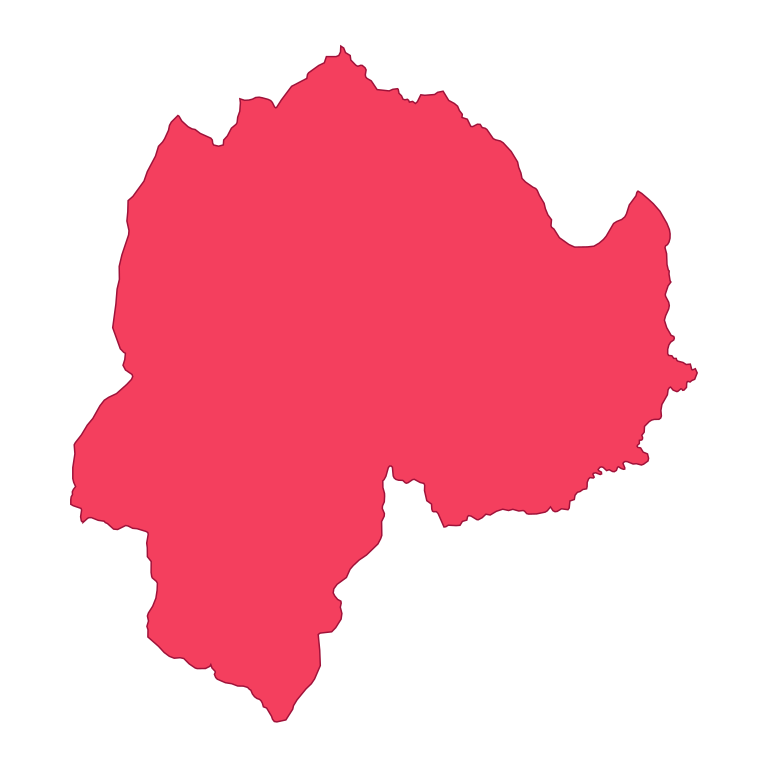 Nocaima, Cundinamarca, Colombia
{"feature_id": "7082276B65094191435566", "entity_name": "Nocaima", "entity_type": "district", "adm_level": 2, "iso_a3": "COL", "parent_name": "Colombia", "parent_adm1": "Cundinamarca", "projection": "robinson", "projection_center": [-74.369, 5.063], "detail": "fine", "context": "isolated", "style": "filled", "palette": "rose", "viewbox_px": 768, "rotation_deg": 0, "n_neighbors": 0, "source": "geoboundaries", "source_scale": "gbopen_adm2", "svg_char_len": 6057}
<svg xmlns="http://www.w3.org/2000/svg" viewBox="0 0 768 768"><path d="M648.0,461.0L648.6,458.3L647.5,453.9L643.2,452.1L640.6,447.9L637.8,447.4L637.1,446.3L637.4,445.3L639.3,443.6L639.4,440.3L641.7,440.0L642.5,439.0L642.6,437.4L641.8,435.3L644.2,432.1L644.5,426.4L649.2,421.6L651.6,420.1L654.2,419.4L659.0,419.3L660.7,418.0L661.4,416.0L660.9,410.5L661.9,404.5L667.4,394.8L668.1,389.7L669.4,387.7L670.6,387.1L673.1,390.1L676.8,391.6L677.8,391.4L680.9,388.8L681.8,389.1L682.7,390.3L684.0,390.1L686.5,387.4L686.7,383.1L687.2,381.8L688.0,381.4L690.1,382.0L691.7,380.6L694.7,379.3L697.2,372.9L695.3,368.7L692.6,369.9L691.8,369.6L690.3,364.1L686.1,364.5L683.1,362.5L677.8,361.1L676.8,360.3L676.2,358.4L673.7,358.4L671.9,355.8L668.6,355.4L667.7,353.7L667.7,349.3L668.9,344.9L670.6,342.2L673.8,339.9L674.3,338.1L673.8,336.5L671.1,335.3L666.7,327.6L664.4,320.2L665.6,315.8L668.7,308.9L669.3,305.6L668.7,302.3L665.5,296.1L665.3,294.2L668.1,285.8L670.9,282.0L670.1,280.8L669.0,274.0L669.2,271.0L668.3,270.0L667.0,264.5L666.6,253.7L665.0,247.7L665.6,245.8L667.5,244.6L669.0,242.1L670.0,238.3L670.1,233.8L669.4,229.6L666.9,223.4L659.9,211.2L653.3,203.7L648.1,198.9L641.7,193.4L638.0,191.1L636.9,192.3L636.0,195.8L629.3,204.9L626.4,214.0L624.8,216.9L621.7,219.5L616.7,221.5L613.6,223.5L606.2,236.2L603.5,239.4L599.2,243.1L593.9,246.2L587.4,246.9L574.7,247.1L568.9,244.5L559.4,237.7L553.9,229.0L551.6,227.3L551.0,225.6L551.5,219.7L547.9,214.9L545.4,208.8L544.1,203.3L539.4,195.4L537.2,190.3L535.7,188.5L532.9,187.2L525.5,182.0L522.0,178.4L520.9,172.9L518.7,167.4L517.6,162.0L511.2,151.5L503.2,142.8L500.4,141.0L495.5,139.8L493.2,138.6L486.9,129.5L485.1,128.2L482.2,127.6L480.2,124.4L477.4,124.2L472.7,126.6L470.8,126.4L467.3,119.2L462.0,117.5L462.3,114.3L459.4,110.5L457.6,106.2L454.4,103.5L448.7,100.4L443.1,91.2L437.7,92.3L434.6,94.5L424.8,95.3L420.8,94.8L417.4,101.7L415.4,103.5L412.6,101.4L409.4,102.1L408.6,100.3L407.4,99.3L404.9,99.8L403.0,99.2L401.5,95.8L399.0,93.3L398.2,89.3L397.5,88.7L392.8,89.3L389.2,90.9L377.1,89.6L371.3,80.9L367.0,78.4L365.7,76.9L365.3,74.9L366.1,69.9L365.0,67.7L362.2,65.4L360.6,65.3L357.8,66.3L355.8,65.2L350.8,60.0L350.2,55.5L345.5,52.6L343.7,48.0L340.8,46.1L340.5,52.0L338.8,55.5L336.1,56.6L326.4,56.6L324.3,62.8L318.7,65.5L308.7,72.7L307.5,74.4L306.8,78.4L291.6,86.3L281.4,99.9L276.6,107.4L275.7,107.8L274.6,107.0L272.3,102.4L270.7,100.6L268.2,99.4L262.3,97.8L259.2,97.2L255.7,97.5L252.4,99.2L248.7,100.1L244.6,100.3L239.9,98.8L240.4,102.8L239.8,111.2L237.7,117.2L237.1,122.5L236.2,124.2L231.4,128.2L227.4,135.9L223.7,140.0L223.3,144.9L218.6,146.2L213.7,145.0L212.7,143.3L212.3,140.0L210.9,138.2L200.2,133.4L195.1,129.5L192.1,128.9L188.1,126.8L181.8,121.0L179.0,116.2L177.9,115.5L171.3,122.1L169.5,125.4L168.5,130.3L164.6,138.8L162.6,142.0L158.5,146.3L155.5,156.1L147.3,171.6L144.0,181.1L132.9,196.4L128.1,200.6L127.8,211.6L126.9,221.0L129.0,230.7L128.6,234.9L121.9,254.9L119.2,266.4L119.4,279.4L117.1,289.1L115.9,304.0L112.7,327.7L120.3,348.8L123.7,352.3L125.4,353.3L124.8,359.5L123.0,365.3L125.5,370.0L132.1,374.5L132.7,376.6L131.5,379.4L126.8,384.4L116.5,393.6L108.7,397.3L104.3,400.2L100.0,405.7L92.8,418.5L87.3,425.1L81.4,434.9L75.3,442.7L74.2,444.8L74.9,453.8L72.8,467.6L72.8,478.6L73.7,482.3L75.6,486.6L73.4,489.4L72.3,491.8L72.5,494.6L71.2,496.8L70.8,499.6L70.8,504.3L73.2,505.7L81.0,508.4L81.6,510.0L80.6,516.8L81.3,520.8L82.2,521.8L83.3,521.5L83.2,522.3L87.4,518.5L88.7,517.7L91.4,517.6L98.2,520.3L104.1,521.2L105.3,522.6L107.4,523.5L113.6,529.1L117.6,529.5L125.7,525.5L128.1,526.0L132.7,528.3L137.1,528.7L145.9,531.4L147.8,532.5L148.2,534.4L146.7,543.1L147.3,547.8L147.4,556.7L151.2,561.5L151.1,572.4L151.7,576.5L152.3,577.9L156.4,581.4L157.4,583.2L157.1,590.3L155.9,598.2L152.7,606.2L148.4,613.0L147.4,616.0L148.5,621.0L146.9,626.4L148.0,629.7L147.9,637.0L158.5,646.3L164.2,652.5L169.3,656.3L174.2,658.2L180.1,657.7L183.8,658.5L189.2,663.9L195.2,668.0L197.2,668.6L205.5,668.5L209.9,666.3L210.8,664.6L212.0,668.0L215.1,671.3L215.3,672.3L214.4,674.3L215.7,677.5L217.3,679.2L225.4,682.7L231.7,683.7L237.7,686.0L243.3,686.1L247.6,687.4L249.5,689.4L250.8,690.1L252.4,693.9L254.5,696.7L257.0,698.5L259.6,699.4L261.0,700.7L262.3,703.0L263.4,706.8L266.6,708.0L271.5,716.2L272.5,719.2L274.3,721.5L276.9,721.9L285.9,719.9L292.7,709.2L293.5,705.7L297.0,699.9L306.0,688.9L311.3,683.8L314.6,678.9L320.3,665.6L319.7,650.1L318.2,634.5L320.1,633.1L331.7,631.8L335.7,627.7L341.1,619.1L341.9,613.5L340.3,607.2L341.2,603.2L340.9,601.2L337.6,599.4L334.8,596.0L333.2,592.9L333.8,588.8L337.1,584.3L346.4,577.5L350.1,569.2L353.3,565.5L359.3,559.9L366.5,555.0L375.3,546.5L377.9,544.0L380.7,538.6L381.8,535.4L381.6,521.5L384.2,516.2L384.4,513.5L382.3,508.5L382.5,505.9L384.3,501.8L384.6,496.2L384.5,493.4L382.9,487.6L382.8,480.8L384.0,479.7L385.9,476.3L388.3,467.7L389.5,466.1L391.1,466.0L392.4,467.2L393.2,475.9L394.2,478.0L395.9,479.4L398.5,480.2L402.8,480.4L405.3,482.8L406.4,483.2L408.1,482.7L412.6,479.6L414.3,479.3L420.2,482.5L423.9,483.4L424.7,485.3L424.5,490.6L426.8,500.7L431.5,504.1L431.8,509.1L432.5,511.2L433.5,511.7L436.4,511.7L438.1,513.5L444.0,527.0L445.9,526.7L448.3,525.2L456.2,525.6L460.0,525.3L462.4,521.4L466.8,520.1L467.6,516.6L468.6,515.6L471.1,516.1L476.8,519.6L478.2,519.8L482.2,517.7L485.9,514.2L490.2,515.0L496.4,511.3L502.7,509.2L508.6,510.5L512.8,509.3L518.8,511.0L523.2,510.5L524.6,511.2L526.7,513.6L528.7,514.1L536.6,513.9L545.2,512.1L547.3,510.8L550.5,506.9L553.0,510.7L555.0,511.7L557.2,511.4L561.5,508.8L568.0,509.7L569.2,508.0L569.9,501.0L574.3,499.5L575.0,495.3L577.4,492.3L580.1,491.5L582.9,489.5L586.6,488.8L587.1,486.6L587.2,482.4L588.6,478.9L590.0,477.6L593.3,478.0L594.2,477.2L592.9,474.2L593.4,473.3L595.7,472.8L600.2,474.5L601.6,473.9L601.4,472.1L598.7,470.6L598.1,469.5L599.9,467.3L601.6,466.9L603.2,467.4L606.6,470.6L609.2,469.7L612.5,471.5L614.3,471.7L616.4,470.4L617.5,467.4L618.4,466.7L621.2,468.5L623.5,469.3L624.7,469.1L624.8,467.8L623.0,463.5L623.5,462.5L625.0,461.5L627.2,461.6L633.1,464.0L636.4,463.7L641.4,465.0L643.6,464.2L648.0,461.0Z" fill="#f43f5e" stroke="#9f1239" stroke-width="1.5"/></svg>